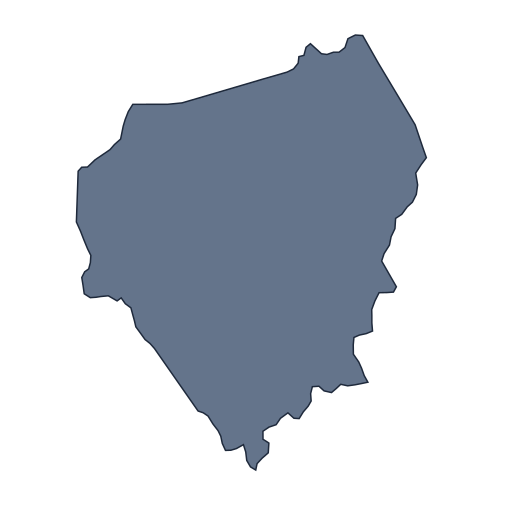 outline of Alagoa Grande, Paraíba, Brazil, rotated 176°
{"feature_id": "56859067B59580125040943", "entity_name": "Alagoa Grande", "entity_type": "district", "adm_level": 2, "iso_a3": "BRA", "parent_name": "Brazil", "parent_adm1": "Paraíba", "projection": "equal_earth", "projection_center": [-35.603, -7.048], "detail": "fine", "context": "isolated", "style": "filled", "palette": "slate", "viewbox_px": 512, "rotation_deg": 176, "n_neighbors": 0, "source": "geoboundaries", "source_scale": "gbopen_adm2", "svg_char_len": 1757}
<svg xmlns="http://www.w3.org/2000/svg" viewBox="0 0 512 512"><g transform="rotate(176 256 256)"><path d="M397.7,220.9L393.4,223.6L389.7,217.5L384.4,213.0L383.1,206.3L381.8,199.9L380.8,193.7L376.5,186.9L372.5,180.4L367.8,176.1L363.8,170.9L324.6,105.4L319.6,103.3L315.0,99.7L310.7,91.5L306.0,84.4L303.7,78.7L302.7,71.4L300.0,64.2L294.6,64.0L288.9,65.3L281.7,68.7L279.9,61.2L279.5,52.7L276.2,46.0L271.2,42.5L269.4,48.8L264.1,53.8L257.5,58.8L256.2,68.5L261.8,72.7L261.3,80.7L255.0,84.4L247.7,86.3L242.9,92.4L235.1,97.3L229.5,91.5L224.3,90.8L219.7,97.2L214.4,102.6L211.1,107.5L211.1,114.9L208.9,121.7L202.3,121.7L197.5,116.7L190.2,114.5L185.2,118.2L180.4,122.1L173.6,120.1L166.2,120.6L159.7,121.4L153.2,122.3L156.4,129.1L158.5,136.6L160.9,143.1L165.7,151.2L165.2,160.5L164.0,167.9L158.4,169.9L151.4,170.9L145.0,173.0L145.1,181.1L144.6,188.3L144.3,194.5L140.5,202.9L135.8,210.8L127.9,210.4L121.4,210.4L118.1,215.5L131.0,242.2L128.1,249.4L122.1,257.6L119.9,265.8L115.5,273.6L114.1,283.8L107.7,287.4L101.7,294.5L96.2,298.8L91.8,306.2L89.8,315.6L90.9,327.6L84.8,335.7L79.2,342.2L82.0,352.4L88.1,375.8L100.1,399.6L120.6,440.0L134.2,468.5L141.5,469.5L149.1,466.4L152.7,457.7L159.0,453.5L164.5,453.9L171.1,452.1L176.6,453.2L186.9,464.0L191.5,460.7L194.2,452.8L199.3,451.9L200.5,445.4L205.5,440.0L212.1,437.3L236.3,432.1L309.0,416.1L319.1,413.9L333.7,413.5L368.3,415.9L373.3,409.0L377.0,401.2L379.4,394.8L381.0,389.0L382.9,382.1L389.4,377.1L394.2,372.3L400.5,368.6L409.8,363.2L417.9,356.5L423.7,356.7L427.5,353.0L432.8,302.5L429.3,292.9L426.7,284.5L423.5,274.9L420.7,268.1L421.7,260.9L423.8,254.8L428.0,252.2L431.3,246.7L430.6,238.9L430.0,230.3L424.2,226.0L418.5,226.0L413.7,226.4L406.1,226.6L397.7,220.9Z" fill="#64748b" stroke="#1e293b" stroke-width="1.5"/></g></svg>